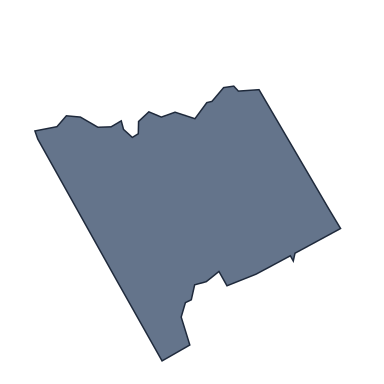 Lee, Georgia, United States of America, rotated 240°
{"feature_id": "52423323B57343387643599", "entity_name": "Lee", "entity_type": "district", "adm_level": 2, "iso_a3": "USA", "parent_name": "United States of America", "parent_adm1": "Georgia", "projection": "robinson", "projection_center": [-84.108, 31.769], "detail": "fine", "context": "isolated", "style": "filled", "palette": "slate", "viewbox_px": 384, "rotation_deg": 240, "n_neighbors": 0, "source": "geoboundaries", "source_scale": "gbopen_adm2", "svg_char_len": 623}
<svg xmlns="http://www.w3.org/2000/svg" viewBox="0 0 384 384"><g transform="rotate(240 192 192)"><path d="M323.4,86.5L315.0,84.9L153.6,82.6L60.7,81.6L60.6,113.6L89.1,120.1L99.5,131.0L99.0,137.5L110.3,147.9L107.2,159.5L109.7,175.6L93.3,175.4L88.8,206.5L87.6,245.3L81.6,245.2L87.5,250.6L86.1,302.4L109.3,302.0L247.1,301.2L256.2,282.6L262.8,281.1L266.6,271.6L260.5,254.6L262.0,249.5L254.0,231.2L269.6,217.2L272.2,202.9L283.0,194.7L279.8,181.0L269.3,174.6L269.1,167.6L280.4,164.0L289.0,166.3L288.9,154.5L295.1,142.9L312.7,132.8L320.8,121.3L316.1,107.7L323.4,86.5Z" fill="#64748b" stroke="#1e293b" stroke-width="1.5"/></g></svg>